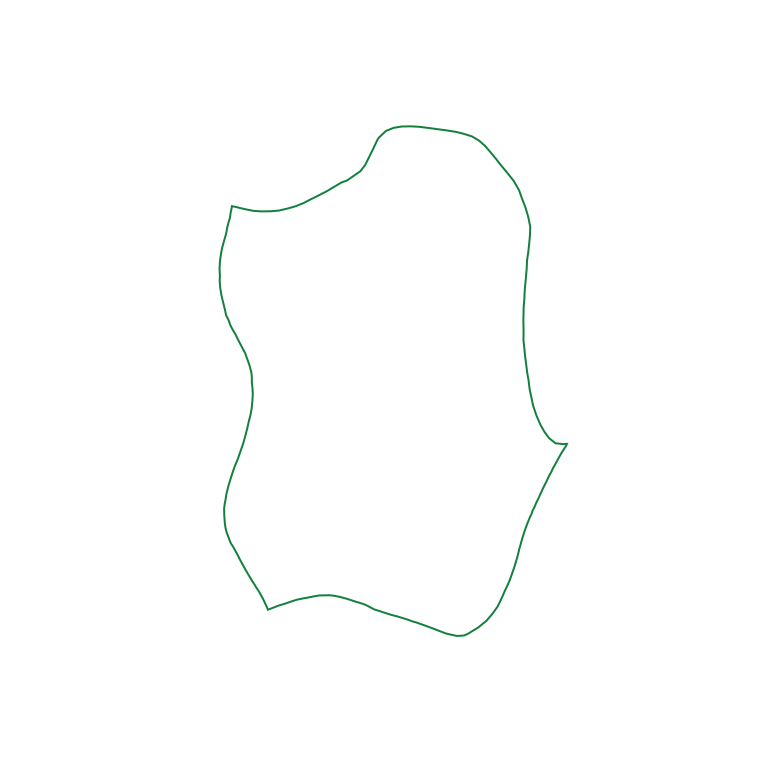 Amd, Hadramawt, Yemen (Albers equal-area conic projection), rotated 310°
{"feature_id": "15242507B45832769830873", "entity_name": "Amd", "entity_type": "district", "adm_level": 2, "iso_a3": "YEM", "parent_name": "Yemen", "parent_adm1": "Hadramawt", "projection": "albers", "projection_center": [47.902, 15.341], "detail": "fine", "context": "isolated", "style": "outline", "palette": "green", "viewbox_px": 768, "rotation_deg": 310, "n_neighbors": 0, "source": "geoboundaries", "source_scale": "gbopen_adm2", "svg_char_len": 4354}
<svg xmlns="http://www.w3.org/2000/svg" viewBox="0 0 768 768"><g transform="rotate(310 384 384)"><path d="M422.5,153.2L420.6,154.3L416.7,156.4L412.2,159.2L409.6,160.3L407.7,161.1L403.3,163.2L399.9,165.2L396.3,167.1L396.2,167.1L390.1,169.8L384.2,172.5L380.4,174.6L379.5,175.2L375.3,177.7L373.6,178.8L371.3,180.4L369.3,181.9L366.5,184.0L365.2,185.2L361.8,188.4L359.2,190.4L357.3,191.9L355.7,193.5L352.7,196.4L349.1,200.5L347.8,202.1L345.4,205.2L342.7,208.9L341.7,210.2L338.9,214.1L336.7,216.9L335.2,218.7L333.2,223.5L331.2,227.0L330.3,228.5L329.3,230.8L328.0,234.0L326.6,238.2L324.8,242.1L324.2,243.7L323.1,246.2L321.7,249.7L321.4,250.4L319.9,254.0L319.1,256.1L318.5,257.6L316.5,261.0L313.3,266.5L312.2,268.3L311.4,269.6L307.7,274.8L304.8,277.9L300.3,281.7L300.2,281.8L295.8,286.4L291.9,290.0L290.8,290.8L286.8,293.8L280.9,297.9L278.9,299.1L274.7,301.5L268.0,304.7L264.4,306.6L263.0,307.3L260.5,308.5L256.0,310.7L253.4,311.9L251.8,312.6L247.6,314.5L244.2,315.8L243.4,316.1L238.9,317.8L234.2,319.6L231.4,320.6L229.4,321.2L226.8,322.0L225.0,322.6L219.9,324.5L215.2,326.4L210.7,328.3L206.2,330.2L202.3,332.1L198.4,334.0L194.5,336.4L190.9,338.4L190.0,338.9L188.9,339.6L185.8,341.6L183.0,344.1L181.7,345.2L180.1,346.6L178.2,348.5L175.1,351.5L171.9,355.1L171.4,355.7L169.9,357.8L169.1,359.0L166.3,364.0L165.2,365.9L163.7,368.7L162.2,373.4L160.8,377.0L159.1,381.4L158.5,382.9L157.2,385.8L157.0,386.2L156.7,387.0L154.4,392.9L153.3,395.7L153.0,396.5L152.1,398.8L151.6,400.4L151.3,401.2L150.1,404.6L148.6,409.0L147.9,411.2L147.2,413.5L145.7,417.9L145.4,419.1L144.6,421.8L143.1,425.7L141.7,429.3L139.9,433.2L138.2,436.8L137.7,437.9L136.5,440.2L142.6,443.6L146.4,445.6L152.0,449.3L157.7,452.7L162.7,455.9L165.3,457.9L167.1,459.3L171.5,463.0L172.3,463.6L176.1,466.7L180.5,470.4L184.4,474.9L187.1,478.0L189.8,482.0L192.8,487.6L195.8,494.1L196.5,495.9L197.1,497.4L197.8,499.1L198.7,501.4L200.0,504.3L200.3,505.0L201.7,508.4L202.6,510.8L203.0,511.8L203.2,512.9L203.8,515.4L205.1,521.6L205.5,522.5L207.8,528.0L208.4,529.7L209.1,531.4L211.8,537.9L214.8,544.3L216.4,548.0L219.1,554.5L220.4,558.4L222.0,561.8L223.3,565.4L224.9,569.6L225.8,571.9L227.1,575.7L227.9,577.8L229.0,581.0L230.0,584.0L232.7,591.8L234.6,595.6L235.4,597.2L237.8,601.7L238.6,602.5L240.6,604.8L243.3,607.3L247.2,609.1L249.2,609.7L252.4,610.8L255.6,611.9L258.5,612.8L264.0,613.8L266.9,614.4L268.2,614.7L271.8,614.7L274.4,614.7L276.8,614.8L279.0,614.7L281.0,614.5L286.3,614.1L292.1,612.7L293.7,612.3L298.0,611.1L303.3,609.5L308.6,608.2L313.9,606.6L317.6,605.3L321.2,603.9L327.4,601.6L327.6,601.5L333.8,598.8L337.1,597.4L340.5,595.8L344.1,593.9L347.0,592.6L347.8,592.3L351.4,590.6L355.0,589.0L358.4,587.6L362.3,586.0L365.9,584.7L369.0,583.6L371.4,582.8L375.7,581.4L379.0,580.6L379.6,580.4L383.2,579.0L383.9,578.9L387.2,578.2L389.5,577.4L391.1,576.9L395.5,575.9L400.3,574.5L402.9,573.8L405.0,573.2L409.5,572.1L413.9,571.1L419.0,569.7L424.0,568.7L427.7,567.7L429.0,567.4L433.5,566.6L436.8,565.9L437.4,565.8L441.5,565.0L443.6,564.6L444.0,564.5L445.7,564.2L449.9,563.7L451.8,563.5L453.8,563.2L455.7,562.6L453.4,560.3L449.8,554.9L448.8,553.5L448.7,547.6L448.6,545.7L449.4,542.2L450.4,537.9L453.3,530.1L457.1,522.5L458.2,520.4L459.0,519.1L463.3,512.1L465.5,509.3L468.1,506.0L473.2,499.4L476.8,495.5L479.9,492.2L481.8,489.9L485.0,486.1L490.7,480.0L492.8,477.7L496.0,474.2L501.4,468.7L507.3,462.6L514.6,456.6L522.5,449.7L526.4,446.6L531.7,442.3L536.9,438.6L540.1,436.3L542.9,434.1L546.9,431.1L551.8,427.7L555.8,425.0L564.3,419.0L570.4,414.3L578.3,409.4L580.5,407.9L585.3,404.7L588.6,402.4L592.3,399.8L595.4,397.4L598.5,394.9L603.2,389.0L604.1,387.9L605.1,386.5L610.4,378.5L614.1,371.8L614.6,370.8L619.2,363.0L622.9,353.0L624.3,346.2L625.0,342.7L625.8,338.4L626.8,332.7L628.6,324.3L630.1,315.9L631.4,308.1L631.4,306.7L631.5,300.0L631.0,297.2L630.2,292.2L626.7,283.8L623.2,276.7L622.3,275.3L618.3,268.6L612.9,260.1L608.3,252.8L606.4,249.9L603.7,245.7L602.3,243.8L598.2,238.4L595.2,235.0L592.8,232.2L586.5,226.8L581.0,223.8L579.1,222.8L571.9,222.0L570.7,221.8L567.6,221.8L558.6,224.2L539.7,228.8L531.7,229.1L516.0,224.8L511.1,221.9L502.5,218.9L494.2,216.0L487.7,213.2L486.2,212.6L478.2,209.1L470.8,206.0L463.6,202.2L456.8,197.6L456.5,197.4L455.2,196.4L449.3,192.0L443.6,186.3L437.3,179.0L432.4,172.2L430.6,168.8L428.6,165.2L426.2,160.4L425.1,158.1L422.5,153.2Z" fill="none" stroke="#15803d" stroke-width="2"/></g></svg>